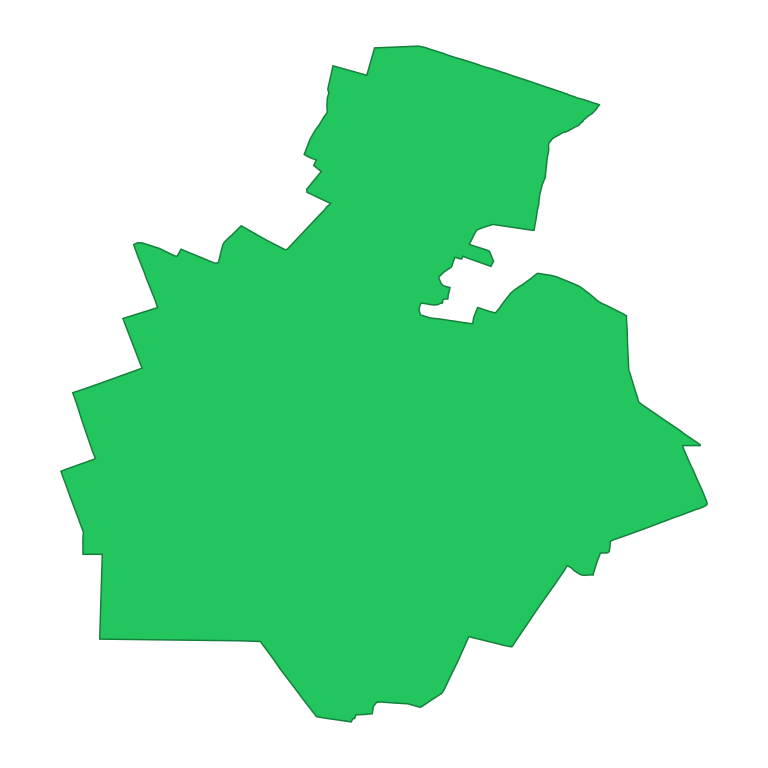 outline of Perisor, Dolj, Romania
{"feature_id": "2599482B45480684732050", "entity_name": "Perisor", "entity_type": "district", "adm_level": 2, "iso_a3": "ROU", "parent_name": "Romania", "parent_adm1": "Dolj", "projection": "equal_earth", "projection_center": [23.523, 44.157], "detail": "fine", "context": "isolated", "style": "filled", "palette": "green", "viewbox_px": 768, "rotation_deg": 0, "n_neighbors": 0, "source": "geoboundaries", "source_scale": "gbopen_adm2", "svg_char_len": 6040}
<svg xmlns="http://www.w3.org/2000/svg" viewBox="0 0 768 768"><path d="M479.7,639.3L487.8,641.4L497.9,643.8L501.8,644.9L509.0,646.4L511.5,646.8L511.7,646.7L512.2,646.4L512.5,646.0L517.8,638.0L533.6,614.7L539.2,606.4L555.0,584.1L564.1,570.8L567.1,565.7L571.2,567.7L574.2,570.6L578.4,573.5L581.5,575.0L584.5,575.3L585.8,575.3L587.6,575.0L593.3,574.9L593.3,574.6L593.3,573.6L597.6,560.3L600.4,553.1L603.7,553.0L607.5,552.8L608.0,552.6L608.5,552.2L609.1,551.6L609.3,550.8L609.6,548.8L610.0,545.9L610.2,542.4L610.5,541.6L610.8,541.1L614.1,539.6L628.8,534.5L651.4,526.2L675.0,517.2L678.3,516.2L685.2,513.6L695.9,509.5L699.0,508.7L705.1,506.0L706.2,505.3L707.0,504.6L707.0,502.8L706.6,501.2L702.1,490.2L695.8,476.3L694.1,472.2L692.4,468.4L691.8,467.3L690.1,463.8L684.5,450.9L682.7,446.6L682.7,446.1L682.8,445.8L683.1,445.6L700.2,445.6L700.1,444.8L699.9,444.5L686.1,435.1L683.6,433.3L680.8,431.1L671.9,425.0L666.9,421.7L647.0,408.0L644.0,406.0L641.7,404.4L638.9,402.2L638.3,401.0L638.0,399.9L637.7,398.3L637.4,397.2L633.9,386.4L630.3,374.3L628.8,370.3L627.6,345.6L627.2,331.3L626.8,325.1L626.4,316.9L626.5,315.7L622.3,313.4L617.8,311.1L606.3,305.4L602.7,303.8L599.4,302.0L597.2,300.5L589.6,293.9L585.3,290.7L582.1,288.2L579.5,286.5L577.4,285.4L567.9,281.4L556.4,276.8L554.1,276.1L552.8,275.8L550.3,275.3L538.2,273.4L537.4,273.4L537.0,273.6L536.2,274.2L531.8,277.8L530.2,279.1L526.9,281.4L521.4,285.4L520.9,285.6L520.2,286.0L517.4,287.9L515.1,289.5L514.5,289.9L510.8,293.1L503.0,303.0L501.8,304.7L499.5,308.1L495.5,312.8L495.3,312.9L495.2,312.9L491.5,311.9L489.6,311.4L486.3,310.3L485.0,310.0L480.3,308.3L478.2,307.6L477.9,307.5L477.7,307.6L477.2,308.6L473.7,317.4L473.4,319.3L472.7,323.5L470.0,323.5L467.7,323.1L463.1,322.5L438.4,318.8L431.9,318.2L430.5,318.0L424.8,316.3L423.0,315.6L421.3,315.2L421.0,315.1L420.6,314.7L419.7,312.6L419.4,311.1L419.2,310.3L419.2,309.6L419.2,308.5L419.4,307.8L419.7,306.3L420.2,304.8L420.6,303.9L421.0,303.6L421.6,303.4L422.2,303.3L422.7,303.3L426.8,303.9L428.3,304.2L432.6,304.9L435.0,305.0L436.5,304.8L438.1,304.5L438.5,304.4L440.2,303.4L440.6,303.3L442.3,303.1L442.5,302.9L442.7,302.3L442.6,301.7L442.9,300.2L443.0,299.9L443.2,299.6L443.6,299.3L444.3,299.1L445.0,298.9L446.0,298.9L447.6,299.1L447.8,299.0L447.9,298.7L448.2,295.0L448.4,293.9L448.5,293.3L448.9,292.5L450.0,287.6L449.3,287.4L447.6,286.9L443.2,285.8L442.3,284.4L441.5,283.8L440.9,282.9L440.3,281.3L439.5,279.7L439.2,279.2L439.0,278.6L439.0,277.5L439.0,277.0L439.7,276.1L441.2,274.7L442.8,273.2L443.5,272.5L444.8,271.4L446.5,270.3L447.3,269.7L448.2,269.2L450.6,267.7L451.2,267.0L451.7,266.3L452.1,265.5L452.4,264.6L453.1,262.0L453.2,261.3L453.5,260.8L454.0,260.0L454.2,259.6L454.3,259.2L454.5,257.8L454.6,257.5L456.2,257.7L460.3,258.9L461.4,259.0L461.6,258.9L462.0,258.6L462.7,256.3L462.9,256.3L470.4,259.1L491.0,266.4L491.3,265.6L493.6,261.2L493.3,260.5L491.0,255.1L489.9,252.3L489.2,251.3L488.5,250.7L487.6,250.3L476.6,246.8L469.3,244.4L472.6,237.7L474.9,233.2L475.8,231.7L476.4,230.8L477.4,229.7L477.8,229.5L483.5,227.4L492.0,224.7L492.6,224.6L493.5,224.5L494.1,224.6L530.5,230.0L533.9,230.3L534.1,230.1L535.4,222.4L535.8,220.4L536.4,217.2L536.8,214.2L537.2,211.1L537.9,208.1L538.0,207.0L538.8,204.3L538.8,203.8L539.0,201.0L539.1,199.0L539.5,197.1L539.7,194.9L540.1,192.6L540.7,190.9L541.1,189.0L542.0,185.6L542.4,184.4L543.3,182.0L543.8,180.8L544.5,179.4L545.4,176.9L545.5,176.6L545.5,176.1L545.4,175.0L545.5,174.4L545.7,172.2L546.0,169.7L546.2,167.4L546.4,166.7L546.4,166.3L547.1,159.4L547.3,158.2L547.4,157.0L547.7,155.4L547.9,155.0L548.3,153.2L548.8,148.4L548.5,146.3L548.5,145.0L549.1,143.0L549.5,142.2L550.6,141.2L551.8,139.4L552.5,138.8L553.9,137.7L555.0,137.1L559.5,134.6L562.6,132.7L563.0,132.5L565.9,131.7L566.0,131.9L569.1,130.5L569.5,130.2L570.1,129.8L571.9,128.9L574.8,127.1L575.9,126.6L578.0,125.7L578.4,125.5L579.2,124.8L580.0,123.7L580.3,123.4L580.9,122.9L582.7,121.6L582.9,121.3L583.0,120.9L583.4,120.3L583.8,119.8L585.9,118.1L586.6,117.4L587.4,116.7L589.1,115.6L589.6,115.1L590.2,114.7L591.9,113.8L593.1,112.6L594.9,110.6L596.2,109.3L597.0,108.2L597.4,107.2L598.5,106.1L599.4,104.8L598.0,104.2L595.9,103.7L595.1,103.4L591.8,102.4L590.7,101.9L583.2,99.5L580.6,98.8L578.4,98.3L576.9,97.8L574.4,96.7L572.8,96.2L571.0,95.7L568.4,94.8L567.1,93.9L565.6,93.6L559.4,91.4L544.1,86.3L542.3,85.8L541.2,85.3L538.4,84.3L530.7,81.7L516.6,77.1L504.8,73.0L503.5,72.7L498.5,71.0L492.9,69.1L483.8,66.6L481.4,65.8L474.4,63.3L470.2,62.0L459.1,58.6L454.4,57.3L452.7,56.7L449.2,55.6L446.5,54.7L446.0,54.5L445.4,54.1L443.7,53.5L438.9,52.0L437.7,51.6L429.9,49.2L425.9,47.7L424.7,47.4L418.2,46.1L374.6,47.9L366.8,75.3L333.0,65.8L327.8,89.1L328.8,93.0L327.3,98.2L326.9,106.1L327.2,110.2L327.1,112.7L323.9,117.0L319.2,124.8L314.7,131.0L310.2,138.9L304.2,154.4L308.4,156.9L316.3,160.1L313.7,165.5L321.2,171.5L306.7,189.3L307.0,192.3L311.1,194.2L327.2,201.9L330.6,203.3L329.5,204.5L326.8,206.8L324.0,210.5L319.1,215.4L287.3,249.2L286.4,249.6L285.2,249.7L280.6,247.4L266.9,240.4L241.2,225.8L234.7,232.2L232.8,234.1L232.1,235.0L230.6,236.1L229.0,237.5L225.6,240.9L224.2,242.4L223.4,243.6L222.9,244.9L222.1,247.4L218.9,260.5L218.5,262.4L217.8,262.7L216.2,263.2L214.1,262.9L181.0,249.2L177.8,255.1L176.9,256.3L174.9,256.0L159.1,248.3L142.2,242.9L137.3,242.8L133.7,244.6L137.9,256.5L143.9,271.4L146.4,278.4L155.1,300.2L157.6,307.6L122.9,318.5L142.0,368.2L86.1,388.3L72.7,392.7L74.4,397.3L77.9,407.6L80.8,417.0L84.0,426.6L92.8,452.1L94.3,455.8L95.5,458.7L65.4,469.5L61.0,471.3L63.4,478.2L65.9,484.8L70.7,498.3L78.8,519.6L80.0,523.2L82.0,528.4L83.4,531.9L83.1,535.0L82.9,539.8L83.0,554.3L102.3,554.3L99.8,635.7L99.8,639.1L132.1,639.5L240.0,640.8L260.3,641.5L265.0,647.8L273.3,659.0L280.5,669.5L294.2,687.4L302.2,698.2L316.6,716.7L327.4,718.5L351.2,721.9L352.8,718.7L354.5,718.6L356.0,714.8L364.4,714.5L372.3,713.7L373.4,706.3L376.7,702.3L380.7,702.0L394.1,703.0L407.9,703.8L420.1,707.3L421.7,706.6L432.0,699.7L441.9,693.2L444.0,690.0L452.1,673.0L457.5,662.1L468.6,637.1L468.9,636.6L473.1,637.8L479.7,639.3Z" fill="#22c55e" stroke="#15803d" stroke-width="1.5"/></svg>